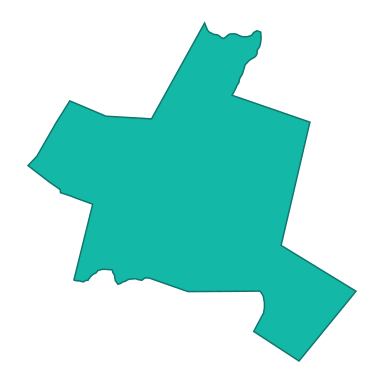 the district of Jerumenha, Piauí, Brazil
{"feature_id": "56859067B83359970281182", "entity_name": "Jerumenha", "entity_type": "district", "adm_level": 2, "iso_a3": "BRA", "parent_name": "Brazil", "parent_adm1": "Piauí", "projection": "albers", "projection_center": [-43.534, -7.112], "detail": "fine", "context": "isolated", "style": "filled", "palette": "teal", "viewbox_px": 384, "rotation_deg": 0, "n_neighbors": 0, "source": "geoboundaries", "source_scale": "gbopen_adm2", "svg_char_len": 1374}
<svg xmlns="http://www.w3.org/2000/svg" viewBox="0 0 384 384"><path d="M223.6,38.5L221.1,37.5L218.8,35.5L216.5,34.6L213.8,34.4L209.0,31.9L207.5,30.1L204.6,23.0L151.5,118.9L105.9,116.2L104.3,115.5L69.8,100.9L55.9,123.1L50.1,133.2L36.9,156.2L28.0,165.6L49.0,181.8L60.2,189.6L60.5,192.7L70.3,195.9L78.1,198.9L92.7,204.2L73.9,280.0L76.0,280.7L79.8,281.0L82.2,281.7L83.8,281.8L85.7,280.4L87.9,280.4L89.0,278.7L90.6,276.6L92.0,275.2L93.4,274.2L96.2,272.8L97.9,270.5L102.0,269.4L104.2,269.3L106.5,269.4L109.5,269.7L112.0,269.7L113.0,272.8L114.5,275.4L115.3,280.6L118.0,284.3L120.9,283.3L122.6,282.0L125.3,281.3L128.0,279.6L130.7,279.0L132.5,279.1L134.1,278.7L136.2,278.9L138.4,279.7L141.9,280.3L144.8,278.0L147.9,277.9L150.0,278.3L175.0,287.1L176.9,287.6L178.5,288.3L188.0,291.6L225.3,291.4L259.9,291.1L262.0,293.8L263.3,296.4L264.4,302.6L264.4,308.1L263.5,313.1L253.7,331.5L255.9,332.9L299.0,361.0L356.0,291.2L281.1,245.4L309.4,124.2L310.0,122.2L232.1,95.3L233.2,93.3L236.3,87.3L236.8,85.7L238.9,82.6L239.7,78.5L242.4,74.0L245.1,64.9L248.3,61.4L249.9,59.9L254.6,57.2L256.0,55.8L257.0,53.9L257.2,50.4L259.7,46.5L260.6,42.9L261.1,38.2L261.0,35.6L260.7,32.1L256.9,30.7L253.8,32.4L252.1,34.7L250.7,35.7L248.0,36.5L244.5,36.9L242.6,36.7L240.4,36.1L236.5,34.2L234.4,33.8L230.6,33.9L229.0,34.4L227.3,35.6L226.1,36.8L223.6,38.5Z" fill="#14b8a6" stroke="#0f766e" stroke-width="1.5"/></svg>